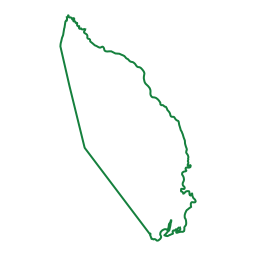 Marromeu, Sofala, Mozambique (Equal Earth projection)
{"feature_id": "85939544B84282844658581", "entity_name": "Marromeu", "entity_type": "district", "adm_level": 2, "iso_a3": "MOZ", "parent_name": "Mozambique", "parent_adm1": "Sofala", "projection": "equal_earth", "projection_center": [35.943, -18.405], "detail": "fine", "context": "isolated", "style": "outline", "palette": "green", "viewbox_px": 256, "rotation_deg": 0, "n_neighbors": 0, "source": "geoboundaries", "source_scale": "gbopen_adm2", "svg_char_len": 5743}
<svg xmlns="http://www.w3.org/2000/svg" viewBox="0 0 256 256"><path d="M66.8,17.2L67.0,18.6L67.0,19.8L66.9,20.3L66.6,20.8L66.3,20.8L66.0,20.7L65.7,21.2L65.4,21.7L65.0,24.3L64.5,27.6L64.2,28.4L63.1,35.1L62.2,37.4L62.0,37.9L61.2,41.5L60.9,42.5L60.6,44.0L60.4,46.4L69.5,86.1L84.5,147.2L84.8,148.0L149.4,233.5L150.2,233.5L150.4,233.7L150.5,234.1L150.1,234.7L150.1,235.1L150.5,235.8L150.8,236.9L150.9,237.1L151.1,237.3L151.4,238.5L151.6,238.9L152.6,238.9L152.9,239.1L153.1,239.3L153.4,239.4L154.3,239.1L154.9,239.2L155.5,239.4L156.7,240.5L157.2,240.6L157.8,240.6L158.5,240.3L160.1,239.0L160.5,238.5L161.1,237.4L161.1,236.7L160.9,235.9L160.3,234.9L160.2,234.5L160.3,233.3L160.5,232.5L160.7,232.1L161.2,231.4L161.9,230.7L162.5,230.2L164.3,229.3L165.0,229.2L165.8,229.2L166.6,229.4L167.0,229.8L167.7,229.4L168.2,228.5L168.5,227.5L168.7,226.4L168.9,224.7L169.0,224.1L170.3,222.2L170.7,220.9L170.9,220.3L171.1,219.6L171.3,220.5L171.2,221.5L171.0,222.3L170.7,223.0L170.4,225.5L169.4,230.0L168.8,230.8L167.7,231.7L167.6,231.9L167.2,232.2L166.9,232.8L166.1,233.5L165.8,234.1L164.6,234.9L164.5,235.3L165.6,235.8L166.8,236.0L167.2,236.1L168.2,235.8L169.4,235.1L170.3,234.8L171.5,234.2L172.5,233.9L172.9,233.6L172.9,233.1L172.7,232.4L172.6,231.8L172.7,231.4L172.8,231.1L173.1,230.7L173.4,230.5L173.9,230.7L174.5,230.5L175.4,229.9L175.7,229.5L176.0,229.3L176.4,229.3L176.7,229.5L177.1,229.4L178.3,228.0L178.8,227.6L179.5,227.8L180.0,227.6L180.3,228.9L180.2,229.5L179.6,230.2L179.1,230.6L177.5,230.9L176.8,231.3L176.3,231.8L176.2,231.9L176.3,232.5L176.5,232.7L176.8,232.8L177.4,232.7L178.4,232.3L180.1,231.9L180.5,231.8L181.2,231.7L181.9,231.8L182.5,231.8L183.1,231.7L183.8,231.2L184.1,231.0L184.2,230.7L184.3,229.9L184.4,228.8L184.3,227.4L184.7,226.7L185.5,225.7L185.8,225.2L186.1,224.4L186.2,223.7L186.2,222.6L186.0,220.5L185.5,218.9L184.8,217.8L184.7,216.9L184.7,215.3L184.8,214.7L185.3,213.0L186.3,210.8L186.8,210.1L187.8,209.4L189.1,208.3L191.1,206.9L191.0,206.2L190.8,205.0L190.8,204.0L190.9,203.4L191.3,202.6L191.6,202.3L191.9,202.2L193.0,202.2L193.6,202.4L194.9,202.3L195.2,202.1L195.4,201.9L195.6,201.5L195.6,201.2L195.5,200.7L195.1,199.8L194.7,199.3L193.5,198.2L193.1,197.5L192.8,196.8L192.5,196.1L192.3,195.2L192.2,193.9L192.1,193.6L191.8,193.6L191.6,193.7L190.8,195.4L190.6,195.5L190.3,195.4L189.9,195.2L189.5,194.3L189.4,192.9L189.4,192.2L189.0,191.3L188.8,191.2L187.6,191.1L186.8,191.2L185.8,191.6L184.0,193.4L183.6,193.6L183.3,193.6L182.8,192.3L182.6,192.1L181.8,191.5L181.4,191.5L181.2,191.4L181.0,190.8L181.0,190.1L181.2,189.2L181.3,188.9L181.9,188.8L183.6,189.0L184.2,188.9L184.5,188.6L184.7,187.9L184.5,187.2L184.3,186.8L183.0,185.5L182.7,184.7L182.7,183.8L182.7,183.2L183.0,182.4L183.7,181.0L183.9,180.1L184.0,179.4L183.7,177.6L183.4,176.7L183.1,176.1L182.5,175.2L182.1,174.5L182.1,173.7L182.2,173.1L182.5,172.5L183.2,172.0L184.2,171.5L185.6,171.3L186.2,170.9L186.3,170.6L186.2,170.4L185.7,169.4L185.6,168.8L185.6,168.4L186.0,167.7L186.7,167.5L188.7,167.6L189.6,167.5L190.3,167.1L190.5,166.5L190.7,165.8L190.5,165.4L190.3,165.2L188.9,165.5L188.2,165.6L187.8,165.5L187.7,165.2L187.7,164.7L187.9,164.1L188.3,163.1L188.3,162.4L188.2,161.9L187.9,161.3L187.9,160.8L188.2,159.9L188.3,159.4L188.1,158.5L188.4,157.2L188.3,156.6L187.9,155.3L187.4,154.4L186.5,153.2L186.2,152.4L186.2,151.9L186.4,151.2L186.4,150.7L186.5,150.3L186.8,150.0L186.8,149.5L186.7,148.8L186.4,147.9L186.0,146.9L185.2,144.2L185.0,143.2L184.9,141.1L184.8,140.4L183.7,137.6L182.7,134.1L182.3,133.3L181.9,132.1L181.5,131.3L180.8,130.2L180.1,127.7L179.2,124.8L178.7,121.9L178.4,121.2L178.1,120.9L177.1,120.5L176.1,119.8L175.6,119.3L174.3,117.3L174.1,117.1L173.7,116.9L173.2,116.8L172.4,116.8L171.6,116.7L170.9,116.3L170.4,115.3L170.1,113.9L169.7,112.9L169.2,112.0L168.8,111.6L168.1,110.7L167.4,110.0L166.9,108.6L166.1,107.1L165.7,106.8L164.9,106.7L164.5,106.5L164.3,106.3L164.0,106.0L163.0,105.2L162.6,105.1L161.3,105.1L160.6,104.6L160.4,104.3L160.3,102.8L160.1,102.3L159.0,100.7L158.0,99.5L156.4,98.2L155.7,97.8L154.2,97.4L152.7,97.3L151.9,96.9L151.4,96.4L150.7,95.2L150.5,94.5L150.4,93.6L150.5,91.3L150.4,90.1L150.0,88.9L149.6,88.0L148.2,86.2L145.7,83.8L144.9,82.6L144.5,81.6L144.1,79.8L143.8,78.2L143.9,76.5L144.3,74.2L144.4,73.3L144.2,72.6L143.8,71.6L143.0,70.4L142.2,69.4L141.0,68.1L139.9,67.4L139.3,67.2L138.1,67.1L137.2,66.7L136.1,65.5L135.6,64.6L134.8,63.6L133.5,62.5L132.7,62.1L131.1,61.8L130.3,61.5L129.3,60.7L128.0,59.2L126.8,58.6L126.1,58.1L124.8,56.5L124.1,55.9L122.9,55.3L121.4,54.7L119.7,53.9L119.1,53.7L118.0,53.7L116.9,53.5L115.8,53.5L115.3,53.4L111.2,51.3L109.3,51.3L107.5,51.5L106.5,51.4L105.5,51.2L104.6,50.5L104.3,49.7L104.0,48.3L103.4,47.3L103.0,46.9L102.6,46.7L102.0,46.8L100.6,47.5L99.3,47.5L98.2,47.0L96.3,45.9L95.7,45.7L94.8,45.3L92.4,43.2L90.4,41.6L90.2,41.3L90.1,40.1L90.0,39.7L89.7,39.3L89.1,38.9L88.3,38.8L87.7,38.4L87.4,37.9L87.3,37.6L87.4,36.1L87.3,35.5L87.0,34.8L86.3,34.1L84.4,32.9L84.1,32.4L84.0,32.0L84.1,31.6L84.2,31.3L84.9,30.3L85.1,29.9L85.2,29.3L84.8,29.3L84.5,29.1L84.3,29.2L83.9,29.3L83.3,29.2L82.7,29.4L82.0,29.4L81.5,29.1L81.0,28.4L80.8,28.4L80.2,28.8L79.8,28.8L79.5,28.7L79.1,28.2L79.0,27.9L79.0,27.6L79.2,26.8L79.2,26.3L79.0,26.1L78.6,26.3L78.2,26.3L77.5,25.8L77.2,25.5L77.1,24.9L77.1,24.0L77.2,23.5L77.1,23.0L76.8,22.9L76.1,23.1L75.6,22.7L75.4,22.3L75.4,21.8L75.3,21.6L74.9,21.3L74.4,21.1L74.1,20.9L73.9,21.0L73.8,21.3L73.6,21.3L73.5,21.2L73.4,20.8L73.5,20.2L73.3,19.8L73.3,19.5L73.5,19.4L74.1,19.5L74.2,19.3L74.2,18.7L73.8,18.2L73.6,18.2L73.5,18.4L73.5,18.9L73.0,19.2L72.9,19.3L72.8,19.7L72.7,19.7L72.3,19.4L72.1,19.1L72.0,18.7L72.1,18.2L71.3,17.8L70.7,17.4L70.0,17.5L69.2,17.4L68.9,17.2L68.7,16.8L68.6,16.0L68.5,15.5L68.4,15.4L68.2,15.4L68.1,15.6L67.7,16.7L67.2,17.1L66.8,17.2Z" fill="none" stroke="#15803d" stroke-width="2"/></svg>